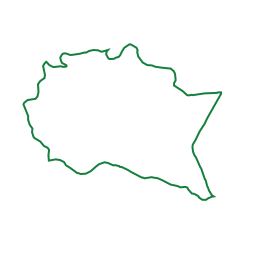 the district of Monjas, Jalapa, Guatemala, rotated 259°
{"feature_id": "79465075B55723885178845", "entity_name": "Monjas", "entity_type": "district", "adm_level": 2, "iso_a3": "GTM", "parent_name": "Guatemala", "parent_adm1": "Jalapa", "projection": "natural_earth1", "projection_center": [-89.899, 14.508], "detail": "fine", "context": "isolated", "style": "outline", "palette": "green", "viewbox_px": 256, "rotation_deg": 259, "n_neighbors": 0, "source": "geoboundaries", "source_scale": "gbopen_adm2", "svg_char_len": 1924}
<svg xmlns="http://www.w3.org/2000/svg" viewBox="0 0 256 256"><g transform="rotate(259 128 128)"><path d="M178.2,181.2L179.8,175.8L180.8,172.6L182.9,166.5L184.8,163.6L186.1,158.9L189.5,154.9L196.2,151.7L200.8,151.5L202.5,152.3L205.2,151.6L209.4,146.8L209.9,145.6L207.5,139.7L204.4,136.8L201.1,134.3L199.5,132.4L199.5,130.3L198.6,127.4L199.3,122.9L200.0,122.1L204.4,120.6L207.1,121.6L208.4,123.2L207.9,117.8L208.1,116.1L210.0,113.4L211.2,108.6L211.0,104.4L210.0,101.4L210.4,99.8L210.1,94.9L210.4,87.8L210.7,85.3L213.3,80.7L213.4,78.5L212.6,77.1L210.1,75.0L208.0,74.9L204.6,75.5L201.4,79.4L200.5,79.5L200.1,79.0L200.3,76.1L201.5,73.8L201.5,72.7L202.0,66.6L202.7,65.4L204.8,62.8L208.6,60.4L207.3,58.4L205.1,56.5L195.7,56.6L192.9,55.5L190.9,50.9L188.1,48.0L180.4,47.0L176.1,45.1L174.3,42.7L174.6,34.9L172.6,30.9L171.1,29.9L158.6,32.3L155.3,31.5L150.0,32.1L145.6,34.1L142.3,33.0L137.6,33.5L136.0,34.2L131.5,39.3L126.3,42.1L124.5,44.7L123.0,45.9L121.4,46.3L116.4,44.7L111.1,44.1L111.0,51.1L109.5,55.2L106.8,58.7L103.1,60.1L100.0,63.5L93.3,69.7L93.2,70.7L91.9,72.7L91.2,77.8L92.7,83.2L96.2,89.1L98.0,92.7L98.8,98.4L97.6,101.5L94.1,106.5L94.0,108.3L92.2,112.2L91.4,112.6L90.9,114.4L86.5,120.3L84.3,122.6L76.7,132.1L76.6,133.0L75.5,134.5L75.2,142.0L74.6,143.1L73.1,147.5L70.6,151.1L64.3,159.1L61.6,165.5L59.7,168.2L59.4,172.4L58.8,174.0L58.0,175.0L56.4,175.3L51.6,178.1L50.7,180.4L48.2,183.5L47.2,184.3L46.2,184.4L43.3,187.4L42.6,191.0L43.6,193.0L44.6,197.2L44.5,199.0L46.1,197.4L47.4,197.0L51.1,195.6L53.4,195.3L56.3,194.6L61.9,194.3L63.0,193.7L74.4,192.1L75.6,191.5L86.6,189.0L88.2,188.1L92.2,187.3L94.7,187.5L96.9,187.6L99.3,188.4L103.6,192.2L111.0,197.7L117.4,203.9L122.3,207.5L143.7,225.8L145.2,226.1L145.8,223.0L145.5,222.1L147.4,209.5L147.9,197.8L148.4,197.0L148.4,193.7L149.1,192.2L153.8,188.7L160.9,181.3L163.3,181.8L165.8,183.9L172.2,184.5L175.0,183.8L178.2,181.2Z" fill="none" stroke="#15803d" stroke-width="2"/></g></svg>